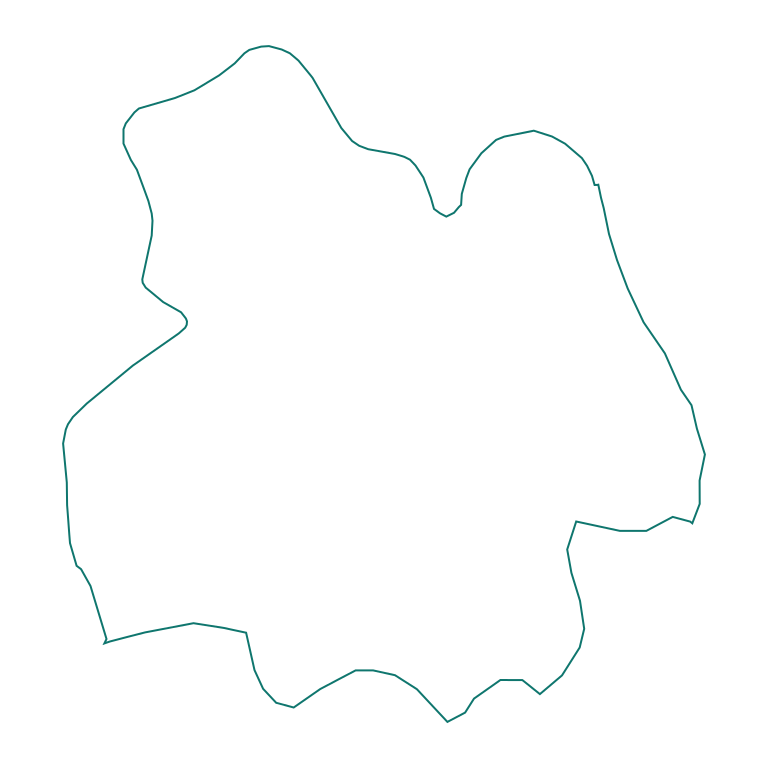 Pyongyang, P'yŏngyang, North Korea
{"feature_id": "82179303B55999426557094", "entity_name": "Pyongyang", "entity_type": "district", "adm_level": 2, "iso_a3": "PRK", "parent_name": "North Korea", "parent_adm1": "P'yŏngyang", "projection": "albers", "projection_center": [125.792, 39.089], "detail": "fine", "context": "isolated", "style": "outline", "palette": "teal", "viewbox_px": 768, "rotation_deg": 0, "n_neighbors": 0, "source": "geoboundaries", "source_scale": "gbopen_adm2", "svg_char_len": 1709}
<svg xmlns="http://www.w3.org/2000/svg" viewBox="0 0 768 768"><path d="M104.4,643.4L109.9,641.5L127.5,636.9L145.1,632.4L193.5,623.2L224.2,628.0L232.9,629.9L246.1,632.7L254.5,670.1L263.1,688.8L276.2,702.8L293.7,707.5L320.3,689.0L337.9,679.7L355.6,670.4L373.1,670.4L395.0,675.2L416.9,689.2L447.4,721.9L465.1,712.6L474.0,698.6L500.4,680.0L522.4,680.1L539.9,694.1L562.0,675.4L579.7,647.5L584.2,628.8L580.0,600.8L571.4,572.8L567.2,549.5L576.2,521.5L598.1,526.2L620.0,530.9L646.3,530.9L672.7,516.9L690.2,521.6L692.3,523.3L699.7,503.9L699.6,480.5L704.9,454.5L696.9,428.6L691.5,405.2L680.9,389.7L664.9,353.4L643.6,322.3L627.7,288.5L617.0,260.0L609.0,234.0L603.7,208.1L601.0,197.7L598.3,184.7L597.4,184.9L594.6,185.0L592.0,175.9L587.1,165.8L581.9,158.1L565.1,143.7L552.0,136.5L533.8,130.7L504.3,136.6L496.1,139.9L481.2,153.4L481.1,153.6L469.6,169.3L466.3,178.0L461.8,193.9L461.1,204.9L458.8,207.1L454.0,212.8L446.3,216.6L440.0,213.3L434.0,208.9L430.9,197.8L423.4,177.5L415.5,165.5L410.0,159.7L404.4,156.9L402.3,156.2L395.0,154.0L368.2,149.2L359.2,145.8L352.1,141.0L341.3,128.0L312.6,77.9L310.9,75.7L298.5,60.6L289.9,53.3L281.7,49.5L269.0,46.1L261.2,46.6L249.3,49.9L244.4,53.3L234.7,63.4L219.1,75.4L194.4,90.3L175.0,98.0L138.9,108.5L134.4,112.4L125.8,123.4L123.5,129.2L123.5,143.6L130.9,160.0L136.9,169.7L144.1,189.2L148.4,201.0L151.7,213.5L152.5,220.7L151.7,235.6L142.3,279.4L142.7,282.8L145.7,287.6L163.2,302.1L181.1,312.3L185.9,318.5L187.0,321.4L186.7,324.8L185.2,327.7L178.8,333.4L132.8,365.6L86.8,403.5L72.9,417.0L68.0,424.2L65.8,429.5L63.1,443.5L66.8,482.5L67.1,505.1L68.2,519.5L69.3,534.5L70.0,543.1L76.6,565.8L81.1,569.2L90.5,586.0L106.5,639.0L104.4,643.4Z" fill="none" stroke="#0f766e" stroke-width="2"/></svg>